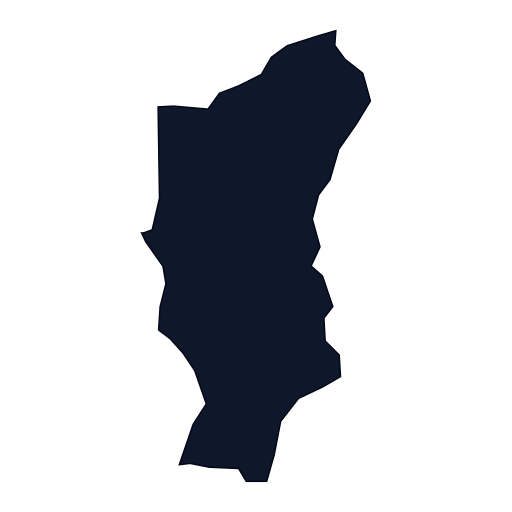 Forshaga, Värmland, Sweden
{"feature_id": "70781695B94802593774032", "entity_name": "Forshaga", "entity_type": "district", "adm_level": 2, "iso_a3": "SWE", "parent_name": "Sweden", "parent_adm1": "Värmland", "projection": "orthographic", "projection_center": [13.541, 59.66], "detail": "fine", "context": "isolated", "style": "filled", "palette": "ink", "viewbox_px": 512, "rotation_deg": 0, "n_neighbors": 0, "source": "geoboundaries", "source_scale": "gbopen_adm2", "svg_char_len": 769}
<svg xmlns="http://www.w3.org/2000/svg" viewBox="0 0 512 512"><path d="M141.6,232.9L145.7,241.7L163.0,266.3L165.9,283.7L160.1,306.8L158.6,330.0L170.1,338.7L183.1,353.2L194.7,370.6L206.3,403.9L193.2,424.2L179.3,464.7L190.1,463.4L209.2,467.2L238.6,468.5L246.2,481.3L266.7,481.3L274.3,454.5L280.7,421.3L298.5,398.4L322.7,386.9L340.5,376.6L339.2,355.0L325.2,341.0L323.9,318.1L332.8,306.6L322.5,276.1L311.1,266.0L320.0,246.9L312.3,219.0L318.6,194.9L330.0,179.6L338.8,149.2L356.5,123.8L370.4,101.0L364.3,78.7L362.7,73.2L345.0,59.3L334.8,45.4L335.8,30.7L318.8,35.6L287.2,45.7L271.4,57.2L261.3,74.5L238.3,86.0L219.5,93.2L208.0,109.1L173.4,106.1L158.1,106.9L158.8,155.1L159.5,198.1L152.2,229.8L143.2,233.0L141.6,232.9Z" fill="#0f172a" stroke="#020617" stroke-width="1.5"/></svg>